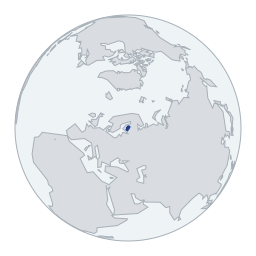 Central Finland on an orthographic globe, rotated 32°
{"feature_id": "FIN-3177", "entity_name": "Central Finland", "entity_type": "Province", "adm_level": 1, "iso_a3": "FIN", "parent_name": "Finland", "parent_adm1": "", "projection": "orthographic", "projection_center": [25.479, 62.526], "detail": "fine", "context": "on_globe", "style": "filled", "palette": "blue", "viewbox_px": 256, "rotation_deg": 32, "n_neighbors": 0, "source": "natural_earth", "source_scale": "10m", "svg_char_len": 11218}
<svg xmlns="http://www.w3.org/2000/svg" viewBox="0 0 256 256"><g transform="rotate(32 128 128)"><circle cx="128" cy="128" r="113" fill="#eef3f6" stroke="#a8b0b8"/><path d="M25.2,82.0L27.1,78.1L44.9,52.0L48.1,48.7L50.2,46.8L66.8,35.3L54.7,42.7L59.1,39.2L64.6,35.5L63.9,36.3L70.9,33.0L76.3,30.2L84.9,28.5L90.6,31.5L87.4,32.2L89.2,33.0L93.3,32.2L95.6,31.5L107.2,34.4L120.9,34.4L125.2,32.2L124.3,34.5L132.3,29.2L139.7,28.5L131.4,30.6L130.6,32.0L135.6,32.1L135.8,33.5L138.4,34.4L138.3,36.2L133.4,37.5L133.2,38.7L136.8,38.7L138.9,40.6L133.7,40.3L136.8,43.7L129.3,46.8L115.5,45.3L111.3,49.1L97.0,53.2L98.3,54.5L93.8,57.1L93.6,59.7L91.0,59.8L93.1,61.8L95.5,61.1L97.2,61.8L97.3,63.3L94.0,63.7L93.5,63.0L92.5,64.0L90.9,63.6L91.8,64.6L87.8,65.1L91.8,66.9L88.7,69.1L86.1,68.8L86.2,65.9L80.4,58.5L77.8,57.6L73.8,59.1L66.7,67.9L63.8,68.3L60.0,70.9L61.6,72.0L65.2,70.3L67.2,73.2L71.4,71.0L72.8,71.9L77.1,71.1L76.6,74.4L73.7,78.3L70.1,79.2L68.8,81.0L72.3,82.8L65.6,87.4L61.4,95.5L59.7,96.4L56.2,93.1L56.0,86.0L51.4,82.3L54.5,88.0L50.1,90.5L49.4,92.4L49.7,94.3L51.4,94.7L49.9,96.4L46.4,91.1L47.6,89.6L48.8,91.2L48.6,87.9L46.2,84.7L44.2,86.4L42.7,80.2L41.2,81.4L40.1,80.8L42.5,79.3L38.1,82.0L36.0,76.2L30.0,81.2L35.8,73.6L37.8,69.6L39.8,65.3L38.8,66.0L42.7,59.7L44.0,56.0L41.0,57.4L37.0,62.0L32.9,68.4L33.3,68.8L31.2,73.3L29.3,74.1L25.2,83.1L23.7,85.6L22.0,89.9L20.8,93.7L19.2,99.1L19.3,100.3L18.9,104.5L17.6,107.5L18.4,107.8L17.5,112.2L17.4,122.9L17.1,122.7L16.9,135.3L18.6,147.0L19.0,151.5L18.6,151.7L19.7,155.6L19.7,156.6L25.7,172.1L30.2,181.6L31.1,184.6L29.3,182.3L25.5,174.6L22.2,166.7L19.6,158.5L17.6,150.1L16.2,141.6L15.5,133.1L15.4,124.5L16.0,115.9L17.3,107.4L19.2,99.0L19.7,97.1L20.5,94.3L20.6,93.9L25.2,82.0ZM28.5,82.1L23.8,94.3L24.9,88.8L25.0,89.5L26.5,86.1L28.7,80.6L30.1,76.2L28.5,82.1ZM30.0,84.2L30.6,82.3L30.2,84.0L30.0,84.2ZM96.6,31.0L93.4,32.1L89.6,32.3L92.2,31.3L96.6,31.0ZM103.9,31.1L102.4,31.9L100.6,30.7L102.0,30.6L103.9,31.1ZM128.2,30.4L125.5,30.6L128.0,30.0L128.2,30.4ZM138.8,34.3L139.5,33.8L140.5,34.5L138.8,34.3ZM77.2,69.3L77.1,70.2L76.3,69.9L77.2,69.3ZM79.0,68.2L78.1,67.2L78.9,66.5L79.4,67.1L79.0,68.2ZM141.3,37.9L142.7,39.2L140.4,38.0L141.3,37.9ZM80.0,69.5L80.3,65.4L81.7,64.3L84.9,65.7L80.0,69.5ZM143.0,40.1L146.7,43.6L148.5,42.8L145.4,47.1L143.3,42.7L140.2,41.3L142.5,41.2L143.0,40.1ZM96.2,60.3L93.6,61.0L95.6,59.1L96.2,60.3ZM97.1,58.9L100.8,52.1L104.7,51.9L102.6,54.1L107.5,52.8L107.5,56.0L104.8,57.5L102.3,57.0L104.2,58.6L97.1,58.9ZM143.1,49.1L143.3,50.1L142.2,49.3L143.1,49.1ZM98.0,61.9L98.4,60.5L101.8,60.2L101.5,62.9L100.5,62.2L98.0,61.9ZM108.8,51.0L111.2,51.3L111.9,54.0L112.9,54.5L107.8,56.1L108.8,51.0ZM99.8,63.0L101.3,64.4L99.8,65.9L97.8,63.3L99.8,63.0ZM102.8,59.0L104.3,59.0L103.4,59.9L102.8,59.0ZM95.4,72.4L95.9,70.6L97.6,70.2L95.4,72.4ZM102.0,64.8L102.5,64.2L103.2,63.9L103.9,65.1L102.0,64.8ZM108.7,57.9L108.4,59.0L110.8,57.3L111.4,59.3L107.9,60.1L109.6,60.6L109.8,61.2L106.7,61.2L108.7,57.9ZM106.8,65.5L102.6,67.3L101.4,70.6L99.7,71.0L102.0,65.6L106.8,65.5ZM107.0,63.0L106.5,64.6L104.8,64.2L104.0,62.8L107.0,63.0ZM113.1,60.5L113.0,57.2L113.8,57.1L113.1,60.5ZM106.8,66.5L107.9,66.1L106.9,66.8L106.8,66.5ZM111.5,62.4L111.4,61.2L112.3,61.2L111.5,62.4ZM110.0,66.2L108.6,66.7L108.1,65.8L110.0,66.2ZM111.0,64.5L112.2,64.8L108.7,65.1L110.8,64.0L111.0,64.5ZM112.4,62.6L112.9,62.2L112.3,63.1L112.4,62.6ZM112.9,69.5L108.6,70.2L107.4,68.1L111.7,67.7L112.9,69.5ZM110.1,239.2L102.2,235.9L105.4,234.5L104.4,232.3L95.7,224.7L97.6,221.3L95.2,218.9L90.4,218.0L87.6,215.0L84.6,213.9L66.1,207.2L60.4,200.8L53.6,185.4L56.9,182.9L57.5,177.1L80.4,166.8L85.3,170.4L103.4,172.9L105.6,174.2L103.6,179.3L117.2,187.6L121.5,183.6L133.8,187.0L141.9,186.1L144.8,175.8L131.4,177.1L129.1,172.1L139.7,166.7L151.3,165.4L150.8,163.5L143.4,160.1L146.0,155.7L140.8,158.6L143.0,160.4L139.8,162.3L137.6,160.8L138.6,159.2L135.1,158.6L131.2,166.4L132.9,169.1L123.7,170.6L125.8,175.3L123.3,177.5L118.9,170.3L119.3,167.6L111.2,158.9L110.0,161.8L117.5,170.3L115.2,169.5L113.5,173.7L112.9,169.9L105.0,160.1L96.7,160.0L86.1,168.0L81.2,166.9L77.1,162.8L80.9,152.5L91.4,156.0L92.9,152.6L90.7,146.1L94.1,147.8L94.5,145.6L98.5,146.6L104.0,142.6L108.0,142.9L110.2,136.3L112.5,135.6L110.6,139.7L111.4,142.8L121.4,143.6L123.3,142.2L123.9,137.9L126.5,138.8L125.8,134.5L131.6,132.8L124.0,131.4L124.5,126.6L127.9,122.9L126.7,121.1L121.2,127.2L120.1,129.8L121.5,132.5L117.5,139.8L114.1,140.7L113.1,132.2L108.1,132.7L109.5,126.1L123.7,113.5L129.7,111.0L139.6,116.9L138.2,120.1L134.0,119.6L137.9,124.5L137.6,122.0L139.8,122.8L140.9,118.6L142.5,119.0L140.7,114.4L142.8,114.4L143.9,117.3L147.2,111.3L151.6,110.2L151.6,108.7L150.3,107.4L156.7,107.0L156.4,106.0L154.2,105.6L152.1,103.3L151.0,99.1L153.3,99.2L154.0,100.7L158.9,104.2L160.4,108.4L161.2,108.0L160.5,104.4L154.5,100.2L153.2,97.6L156.2,99.2L155.0,98.4L155.1,97.2L157.3,96.1L154.0,94.3L151.5,81.3L155.5,78.2L158.5,80.9L159.2,72.5L163.7,70.0L161.6,69.6L160.6,65.6L159.2,66.3L158.1,65.9L154.8,56.3L155.7,54.3L152.0,50.2L150.9,50.0L150.0,51.3L145.4,47.1L148.5,42.8L150.7,43.2L151.2,40.3L156.2,41.9L160.5,42.0L165.8,45.7L168.8,45.6L168.6,44.5L172.5,43.7L181.2,46.1L175.0,49.0L162.1,47.1L167.4,48.2L166.4,49.5L168.5,50.9L172.3,51.6L172.5,50.7L179.8,60.3L189.3,66.2L188.0,61.7L190.0,60.2L199.8,63.7L212.7,78.7L215.5,77.5L217.6,78.9L219.2,82.9L216.3,81.0L215.5,83.3L213.6,81.7L215.2,87.8L212.6,85.8L215.2,91.7L217.3,91.7L216.8,86.9L220.2,93.0L223.2,91.2L226.7,93.9L231.8,107.2L232.5,116.7L233.2,118.2L231.9,120.0L232.5,126.1L236.9,126.3L237.7,128.2L237.6,137.9L237.1,136.8L233.6,141.7L234.7,147.3L237.5,144.6L238.4,146.3L237.1,149.8L235.9,148.5L234.6,150.1L233.7,145.9L230.3,142.9L228.9,148.5L227.8,146.0L222.8,145.5L220.1,153.3L216.6,169.1L218.1,175.9L216.0,181.6L208.5,177.9L204.9,172.4L202.4,175.5L194.6,173.9L181.6,181.8L179.6,180.5L177.2,182.9L171.7,183.1L168.6,180.5L165.3,182.0L173.6,188.7L177.1,186.9L179.8,181.7L181.5,184.5L186.8,184.6L181.5,195.4L162.0,209.4L159.8,204.4L143.8,190.6L144.2,188.4L144.1,188.2L143.9,187.8L142.6,191.5L139.8,188.2L148.6,199.4L150.2,204.1L161.7,209.8L160.7,210.9L164.3,211.4L175.7,205.3L175.8,207.0L170.6,216.4L154.6,229.0L156.6,232.5L155.3,235.3L145.1,238.4L145.8,239.1L140.5,239.9L140.2,240.0L130.2,240.6L120.1,240.4L110.1,239.2ZM72.6,175.4L72.0,177.1L72.6,175.4ZM163.9,168.8L170.7,166.6L167.2,161.1L169.6,159.8L167.5,158.4L167.0,160.7L161.9,156.6L164.7,153.5L163.6,150.7L161.3,151.3L157.0,157.8L164.2,163.6L162.8,166.9L163.9,168.8ZM17.5,123.2L17.3,125.0L17.2,123.3L17.5,123.2ZM24.2,89.1L23.6,91.3L23.0,92.8L23.3,91.3L24.2,89.1ZM21.3,107.2L21.0,110.0L21.0,107.6L21.3,107.2ZM23.3,96.1L21.5,105.1L21.4,100.9L22.7,95.3L22.3,98.5L23.3,96.1ZM28.6,84.6L28.0,86.1L27.6,86.1L28.6,84.6ZM29.7,85.4L29.7,85.0L30.4,83.9L29.7,85.4ZM50.3,90.8L50.5,91.3L50.5,93.4L49.7,92.6L50.3,90.8ZM54.7,101.4L52.2,103.8L53.5,101.5L52.0,100.9L52.8,95.4L58.9,96.6L56.0,97.0L54.7,101.4ZM55.5,88.6L54.3,91.8L55.4,88.3L55.5,88.6ZM92.9,133.3L94.2,135.3L92.7,137.5L87.6,137.5L89.8,134.2L92.9,133.3ZM96.5,137.6L96.9,129.5L100.0,129.3L98.2,130.8L100.3,131.5L97.8,134.0L100.5,142.0L99.3,144.5L90.6,142.8L94.1,141.9L92.5,139.9L96.5,137.6ZM92.3,110.4L92.5,107.3L99.1,110.9L98.1,113.5L93.0,113.5L91.1,110.5L92.3,110.4ZM85.5,72.9L85.2,71.7L86.1,71.6L87.1,72.4L85.5,72.9ZM95.5,71.6L88.0,77.9L87.2,76.9L83.8,82.0L80.4,81.3L82.7,78.0L77.6,81.4L78.3,78.1L75.0,80.8L80.6,73.4L81.1,70.7L81.8,73.9L84.9,74.6L86.4,74.1L91.0,70.7L93.5,65.3L97.0,65.3L98.8,66.7L98.7,68.0L96.5,67.6L98.0,69.6L94.7,70.0L95.5,71.6ZM117.7,85.2L115.1,83.8L117.6,88.6L114.3,88.7L114.8,89.3L112.4,90.8L110.4,93.6L108.9,93.2L108.8,94.4L107.2,95.5L106.5,97.2L103.6,97.0L102.5,99.1L101.7,97.9L100.6,101.4L100.1,98.8L98.0,100.0L99.6,101.9L85.5,98.1L80.0,98.8L75.6,100.9L75.3,96.2L79.2,91.3L85.1,87.2L90.4,87.3L89.3,85.2L91.6,84.7L91.5,86.5L93.0,83.4L94.8,83.5L100.0,80.3L100.9,75.9L102.9,74.7L103.4,76.4L104.9,74.0L107.3,76.5L108.7,75.8L112.4,77.6L112.6,81.5L114.2,80.4L117.1,81.8L117.7,85.2ZM113.9,70.1L114.9,74.7L113.6,77.1L107.6,73.0L106.0,73.3L102.1,70.9L104.1,67.6L105.0,68.6L106.4,68.8L105.2,69.7L107.2,69.1L108.5,70.4L110.4,70.3L110.2,71.8L113.9,70.1ZM108.2,172.5L110.0,173.0L112.7,173.2L111.7,175.9L108.2,172.5ZM102.7,166.0L104.3,165.9L104.2,169.7L102.4,169.2L102.7,166.0ZM105.2,162.8L104.4,165.6L103.7,163.8L105.2,162.8ZM112.1,139.4L113.8,139.1L113.9,140.2L113.0,141.6L112.1,139.4ZM124.3,100.0L123.0,98.7L123.5,98.1L122.8,94.2L125.1,93.9L126.5,96.1L124.3,100.0ZM142.5,177.9L140.1,180.1L138.9,179.3L139.9,178.7L142.5,177.9ZM125.2,178.8L129.1,180.0L124.8,179.5L125.2,178.8ZM126.7,99.0L126.1,97.4L127.7,98.2L126.7,99.0ZM126.8,93.5L128.7,94.1L125.3,93.4L126.8,93.5ZM173.9,229.0L165.6,234.2L160.5,235.8L159.9,235.7L163.2,233.3L169.2,230.6L172.3,228.3L173.9,229.0ZM238.3,150.8L237.1,154.8L233.2,157.4L234.7,154.0L238.3,148.1L238.2,149.5L239.0,147.0L238.7,149.0L238.3,150.8ZM240.0,139.8L239.9,139.0L240.0,136.3L240.3,133.8L239.8,118.9L239.9,116.7L240.4,121.9L240.4,121.3L240.6,130.5L240.0,139.8ZM218.5,176.1L221.0,177.4L219.6,179.8L218.5,176.1ZM238.4,111.3L239.4,117.5L238.2,110.9L238.4,111.3ZM237.0,106.3L237.5,107.2L237.2,107.7L237.0,106.3ZM234.3,119.8L234.1,122.8L233.5,122.0L233.4,117.8L234.3,119.8ZM229.3,96.3L231.3,98.7L232.0,100.0L230.9,99.8L229.3,96.3ZM146.2,95.0L144.6,100.6L145.0,104.7L147.7,106.9L143.2,106.3L142.6,100.0L146.2,95.0ZM150.7,83.0L148.3,81.2L149.7,80.5L150.5,80.8L150.7,83.0ZM148.9,83.0L145.2,83.7L144.1,81.7L147.3,81.5L148.9,83.0ZM136.0,91.2L135.4,92.9L134.1,92.1L136.0,91.2ZM238.4,105.8L238.5,106.9L239.0,110.4L237.3,102.2L237.7,102.5L238.4,105.8ZM237.6,104.2L238.2,107.4L237.2,103.2L237.6,104.2ZM238.1,107.4L237.5,106.4L237.4,104.5L238.1,107.4ZM237.4,102.9L236.4,100.2L236.8,100.5L237.4,102.9ZM236.1,104.3L236.7,102.1L236.9,106.8L234.4,102.9L234.1,100.4L236.1,104.3ZM218.4,74.6L217.0,74.1L216.1,71.7L217.3,72.7L218.4,74.6ZM211.6,63.8L215.3,70.9L218.1,76.8L218.4,75.8L221.1,78.7L219.4,79.4L215.7,73.9L214.0,69.7L211.5,67.7L208.9,64.0L205.9,62.8L204.0,60.9L206.2,60.7L211.6,63.8ZM204.7,62.5L198.6,59.7L197.8,56.1L199.0,55.9L202.1,58.7L202.3,60.4L204.7,62.5ZM196.9,58.0L197.0,59.7L188.4,60.0L186.4,59.2L192.6,56.8L193.0,58.3L195.3,58.9L196.9,58.0ZM144.4,49.9L143.4,50.1L143.9,49.3L144.4,49.9ZM157.4,66.4L156.0,65.6L156.7,64.6L157.4,66.4ZM152.6,63.1L152.8,64.7L151.7,62.9L152.6,63.1ZM153.3,68.5L152.4,65.4L154.7,68.4L153.3,68.5Z" fill="#d9dde1" stroke="#a8b0b8" stroke-width="1"/><path d="M128.6,126.2L128.5,126.3L128.6,126.6L128.6,126.8L128.7,127.0L128.8,127.1L128.7,127.2L128.6,127.3L128.8,127.5L129.0,127.6L129.0,127.8L128.9,128.0L129.0,128.1L129.1,128.3L129.0,128.5L128.9,128.5L128.7,128.8L128.8,129.0L128.8,129.3L128.9,129.5L129.0,129.6L129.0,129.8L128.9,129.7L128.8,129.8L128.8,129.7L128.7,129.7L128.6,129.8L128.6,129.7L128.4,129.5L128.4,129.4L128.3,129.5L128.2,129.6L128.0,129.9L128.0,130.0L127.9,130.0L127.5,130.1L127.5,129.9L127.4,129.9L127.4,129.7L127.5,129.8L127.5,129.7L127.5,129.4L127.5,129.2L127.4,128.9L127.3,129.0L127.3,128.9L127.2,128.8L127.2,128.7L126.9,128.7L126.7,128.5L126.7,128.4L126.8,128.2L127.0,128.1L127.1,127.9L127.2,127.7L127.0,127.4L127.1,127.2L126.9,127.0L126.9,126.9L127.0,126.9L127.2,126.7L127.2,126.8L127.3,126.8L127.3,126.7L127.4,126.4L127.5,126.2L127.7,125.9L127.8,125.9L128.0,126.0L128.3,126.1L128.5,126.2L128.6,126.2Z" fill="#3b82f6" stroke="#1e3a8a" stroke-width="1.5"/></g></svg>